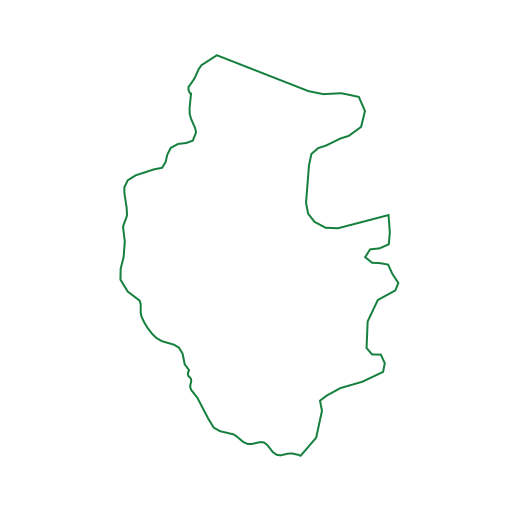 map outline of Vidin (Robinson projection), rotated 350°
{"feature_id": "BGR-2253", "entity_name": "Vidin", "entity_type": "Province", "adm_level": 1, "iso_a3": "BGR", "parent_name": "Bulgaria", "parent_adm1": "", "projection": "robinson", "projection_center": [22.659, 43.807], "detail": "fine", "context": "isolated", "style": "outline", "palette": "green", "viewbox_px": 512, "rotation_deg": 350, "n_neighbors": 0, "source": "natural_earth", "source_scale": "10m", "svg_char_len": 1727}
<svg xmlns="http://www.w3.org/2000/svg" viewBox="0 0 512 512"><g transform="rotate(350 256 256)"><path d="M206.8,132.6L213.8,131.4L218.4,123.9L218.3,119.6L215.8,109.3L215.4,104.6L216.2,99.1L220.2,84.8L219.6,84.7L218.9,83.2L218.4,80.6L218.9,77.7L219.9,77.0L226.2,70.5L232.2,61.8L235.6,58.5L252.3,51.5L336.2,102.7L350.4,108.3L368.2,110.5L376.1,113.6L384.9,117.2L388.5,132.2L381.9,147.1L368.2,153.8L359.7,154.9L344.1,159.4L336.1,160.5L328.3,165.1L323.9,176.0L314.5,212.4L314.7,223.4L319.6,232.6L329.5,240.3L341.5,242.9L393.6,238.7L391.9,256.1L388.8,267.5L379.1,269.9L369.5,269.3L363.3,276.1L369.1,282.8L377.0,284.6L384.6,287.4L387.2,297.3L391.5,307.3L387.2,314.1L368.3,320.5L354.6,339.8L348.9,365.8L353.2,373.1L361.8,374.8L364.2,384.0L361.0,392.2L338.9,398.3L316.3,400.7L301.8,405.6L293.9,409.6L294.1,419.9L283.7,445.4L265.2,460.5L263.3,459.2L256.8,456.6L253.0,456.2L245.5,456.6L241.8,455.3L239.5,453.1L238.6,452.2L234.2,443.9L231.3,440.9L227.6,440.0L219.1,440.4L215.0,439.6L211.2,437.0L205.7,430.4L203.0,427.8L190.0,422.2L184.6,417.7L180.9,408.4L173.6,385.3L168.8,376.4L168.5,374.0L168.9,371.6L170.0,369.2L170.5,367.9L170.6,366.7L170.5,365.5L170.0,364.3L168.7,362.7L168.3,360.9L168.7,359.1L170.0,357.3L170.1,357.1L170.2,356.9L170.1,356.6L170.0,356.3L167.0,350.3L166.7,339.2L164.1,332.8L160.0,329.2L148.5,323.5L143.6,319.4L140.0,314.3L136.9,308.4L134.4,302.0L132.7,295.7L132.6,291.7L134.1,283.5L133.7,279.8L123.5,268.8L118.4,255.7L120.5,245.1L125.5,233.9L129.3,219.0L130.1,204.4L131.2,202.0L135.1,195.5L136.1,193.3L137.0,185.7L137.3,171.7L138.2,165.6L142.9,159.1L151.7,155.6L164.1,153.9L170.2,153.0L178.9,152.8L183.3,147.7L186.3,140.7L190.8,134.7L198.8,132.1L206.8,132.6Z" fill="none" stroke="#15803d" stroke-width="2"/></g></svg>